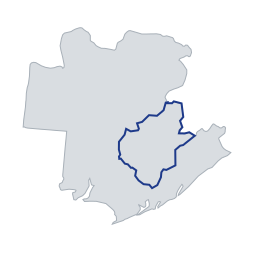 where Ngounié sits in Gabon, rotated 275°
{"feature_id": "GAB-2622", "entity_name": "Ngounié", "entity_type": "Province", "adm_level": 1, "iso_a3": "GAB", "parent_name": "Gabon", "parent_adm1": "", "projection": "orthographic", "projection_center": [11.097, -1.69], "detail": "coarse", "context": "in_parent", "style": "outline", "palette": "blue", "viewbox_px": 256, "rotation_deg": 275, "n_neighbors": 0, "source": "natural_earth", "source_scale": "10m", "svg_char_len": 3853}
<svg xmlns="http://www.w3.org/2000/svg" viewBox="0 0 256 256"><g transform="rotate(275 128 128)"><path d="M185.2,28.2L185.1,30.5L182.4,36.3L181.2,40.7L180.8,45.4L181.6,49.2L182.9,51.9L183.7,54.9L183.1,56.9L181.8,57.8L182.7,58.9L184.6,59.1L187.9,58.2L193.0,56.7L199.6,54.4L204.0,53.2L211.2,53.9L215.1,54.8L217.0,56.4L219.2,63.2L220.2,64.2L222.0,67.1L223.5,70.6L223.8,72.3L223.6,73.6L222.1,75.5L220.5,78.2L219.9,79.9L218.5,81.1L216.8,82.4L212.0,82.8L211.2,83.6L209.9,86.5L207.3,89.0L206.2,91.3L205.1,94.5L205.3,98.3L204.8,103.9L204.3,107.7L205.6,109.0L211.4,110.0L212.5,110.7L214.0,113.1L216.0,115.3L221.2,116.7L223.3,118.3L224.9,120.2L225.2,121.7L224.0,127.8L222.8,133.6L223.2,138.0L223.7,142.3L224.3,148.4L224.0,152.2L222.5,154.5L222.5,156.3L223.2,158.5L221.9,164.5L221.0,165.5L218.6,166.6L217.4,168.2L217.0,170.8L215.7,174.2L214.4,175.5L214.4,177.1L215.7,178.3L215.6,180.1L213.3,182.2L211.9,183.9L208.7,184.7L205.1,183.8L204.3,182.6L205.2,180.8L204.9,179.3L203.6,177.7L201.7,173.7L200.0,172.8L199.1,174.5L196.1,177.5L191.0,181.5L187.3,181.8L180.7,180.6L175.1,178.7L172.4,174.1L170.8,170.3L168.4,165.8L165.7,163.7L162.9,162.4L161.6,162.3L157.5,164.8L156.3,165.7L156.3,167.8L156.7,169.7L157.3,170.6L157.8,171.9L157.7,173.8L157.0,176.4L156.7,179.2L143.9,182.0L141.7,181.0L140.1,179.7L138.1,179.9L132.5,181.4L130.5,180.4L128.5,179.6L127.5,180.2L127.4,181.5L128.4,188.1L128.1,190.7L126.8,194.0L126.2,196.3L129.6,196.9L130.8,197.9L132.0,199.6L133.7,201.2L133.8,202.1L131.9,203.9L131.3,206.0L132.1,207.7L134.5,209.5L137.8,211.3L139.5,212.5L139.3,213.6L137.8,215.9L137.2,217.9L136.1,219.6L136.3,221.3L137.8,222.8L137.7,224.2L136.6,225.2L134.5,225.0L132.7,225.1L131.1,224.7L126.1,219.4L125.1,219.3L117.8,223.3L116.0,225.0L114.5,227.4L112.5,232.6L109.2,229.5L106.3,224.0L103.0,220.6L96.0,215.1L94.2,211.1L86.2,202.2L74.7,193.3L66.4,185.6L65.1,183.9L66.5,184.1L74.6,187.9L75.7,187.5L76.6,186.6L73.1,184.6L69.8,183.0L66.7,182.0L63.6,182.1L61.9,180.5L60.7,178.0L60.2,175.9L58.8,173.6L54.4,169.1L53.3,167.3L50.9,164.9L52.4,164.5L57.1,166.9L57.5,165.9L57.1,164.6L52.4,162.4L49.8,162.2L49.2,160.7L49.5,158.9L46.1,152.2L42.6,147.2L42.1,144.9L51.6,155.7L52.8,155.9L54.5,155.8L58.4,154.6L57.7,153.2L55.9,151.6L54.2,152.3L52.0,152.5L50.8,151.8L50.3,150.7L52.5,145.4L51.5,145.7L50.8,146.6L49.6,147.1L47.7,147.3L43.0,144.5L38.9,136.9L37.8,135.3L36.7,132.7L35.6,131.6L30.8,120.7L32.7,121.5L34.8,124.7L39.0,124.0L40.7,122.2L42.1,122.3L43.6,121.8L45.4,120.1L50.8,112.6L52.2,102.8L51.8,96.9L51.0,91.1L52.8,89.3L53.5,90.5L53.8,92.6L54.6,94.1L56.6,95.5L60.1,95.8L65.7,98.0L67.6,99.3L68.2,96.6L74.5,94.3L72.6,93.4L66.9,94.3L59.2,90.9L56.6,88.7L54.2,84.5L51.7,82.3L51.9,80.3L57.5,78.5L58.9,78.7L59.5,80.8L61.0,81.7L61.6,81.4L61.9,79.6L61.9,74.6L60.2,67.5L60.7,66.1L62.2,65.6L63.6,64.7L64.5,64.5L66.4,64.7L67.4,66.3L67.9,67.2L69.8,67.7L71.3,68.5L72.7,68.3L73.8,67.3L75.4,67.1L80.5,67.1L85.1,67.1L94.2,67.1L103.4,67.1L112.5,67.2L119.4,67.2L119.4,63.1L119.3,56.8L119.3,49.4L119.2,42.3L119.2,35.7L119.2,28.0L119.5,25.7L120.0,24.8L119.8,23.5L126.9,23.4L139.7,24.0L145.3,23.9L146.9,24.0L153.9,23.7L159.5,24.1L162.0,24.7L164.1,25.0L170.9,25.3L179.7,24.9L182.8,25.0L184.4,26.1L185.2,28.2Z" fill="#d9dde1" stroke="#a8b0b8" stroke-width="1"/><path d="M156.9,164.7L156.1,164.2L156.5,169.7L158.5,171.3L157.2,179.2L143.8,182.1L139.7,179.2L133.5,182.1L130.2,179.7L127.1,179.2L127.5,185.0L129.1,189.4L126.1,195.2L115.8,184.4L114.9,181.5L110.3,177.0L94.9,178.5L89.6,169.9L89.9,166.9L86.8,165.1L81.8,165.1L73.7,162.2L70.2,157.2L73.3,154.2L73.4,148.4L76.7,143.1L81.0,139.3L86.5,139.9L88.9,135.8L88.6,134.4L91.8,131.0L92.2,128.0L96.9,123.5L96.5,122.0L98.8,121.5L100.8,122.6L105.7,120.8L113.5,120.2L121.0,125.2L127.0,126.2L124.9,131.0L126.6,138.2L128.2,138.9L133.5,136.6L135.3,141.5L142.6,147.8L142.7,155.8L148.8,161.9L156.6,163.4L156.9,164.7Z" fill="none" stroke="#1e3a8a" stroke-width="2"/></g></svg>